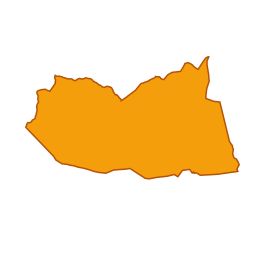 San Bernardo Mixtepec, Oaxaca, Mexico (Robinson projection), rotated 346°
{"feature_id": "50627088B25547762924420", "entity_name": "San Bernardo Mixtepec", "entity_type": "district", "adm_level": 2, "iso_a3": "MEX", "parent_name": "Mexico", "parent_adm1": "Oaxaca", "projection": "robinson", "projection_center": [-96.925, 16.845], "detail": "fine", "context": "isolated", "style": "filled", "palette": "amber", "viewbox_px": 256, "rotation_deg": 346, "n_neighbors": 0, "source": "geoboundaries", "source_scale": "gbopen_adm2", "svg_char_len": 2744}
<svg xmlns="http://www.w3.org/2000/svg" viewBox="0 0 256 256"><g transform="rotate(346 128 128)"><path d="M224.1,78.0L223.6,78.4L222.9,78.4L222.1,78.4L220.9,78.8L220.1,79.0L210.1,88.1L207.6,85.5L206.5,83.8L206.2,83.3L206.0,82.7L204.6,81.1L202.5,79.4L201.7,79.1L198.9,79.2L197.0,81.5L192.7,85.8L188.1,85.2L184.3,84.7L179.7,85.9L174.4,89.7L171.8,88.0L171.7,87.3L171.1,86.1L170.8,85.8L170.2,85.8L169.5,85.8L169.0,85.6L168.8,85.3L168.4,85.2L167.3,84.7L167.3,84.8L166.4,85.6L165.5,85.9L164.8,85.9L160.8,86.7L160.2,86.9L159.4,87.1L158.7,87.5L157.3,87.5L156.8,87.6L156.1,87.8L155.6,87.7L155.3,87.6L153.0,88.2L152.0,87.9L151.7,88.0L150.8,88.4L144.4,93.2L135.4,97.0L134.5,97.5L128.0,99.9L128.1,98.6L128.0,98.2L127.8,97.8L127.0,97.2L126.7,96.6L126.5,95.4L125.2,93.1L123.9,92.8L122.5,89.3L122.5,87.7L121.9,85.3L121.5,84.7L120.1,83.6L119.3,83.2L119.0,83.0L118.4,82.8L117.6,82.5L117.0,82.4L115.4,83.0L115.1,82.8L114.0,82.4L113.2,82.0L113.0,81.8L112.0,80.4L111.4,79.6L110.2,79.3L109.2,77.5L109.0,77.3L108.7,77.1L108.3,76.5L108.1,76.2L107.0,75.5L106.2,74.5L105.6,74.1L105.4,73.9L105.2,73.3L104.6,72.0L104.3,71.8L103.1,70.9L102.7,70.7L101.9,70.6L100.2,69.6L99.1,69.1L98.4,69.1L97.7,69.4L97.3,69.5L96.9,69.5L95.6,69.4L94.3,69.0L93.2,68.2L92.9,68.2L92.1,68.2L90.4,68.6L89.7,68.8L89.2,69.3L88.0,69.2L87.0,68.6L86.1,67.8L85.7,67.1L84.9,66.6L81.5,65.8L81.1,65.6L80.3,65.0L78.6,63.9L77.7,63.6L77.3,63.2L76.6,62.5L75.7,62.2L75.1,61.9L74.7,61.6L73.8,61.0L73.3,60.9L72.1,60.9L70.8,60.0L70.4,59.6L70.1,59.3L69.9,59.6L69.7,59.9L69.5,60.3L69.3,60.8L69.1,61.3L69.0,61.8L69.0,62.3L69.1,62.8L69.3,63.3L69.4,63.7L69.4,64.1L68.5,65.5L68.4,67.0L61.1,73.4L59.4,72.3L58.0,71.4L57.2,70.4L53.4,69.9L51.2,70.0L50.3,70.0L49.4,70.2L48.6,70.8L48.3,71.1L48.2,71.6L48.0,72.6L48.2,73.6L48.7,74.9L47.4,78.4L47.5,81.2L45.7,82.9L44.5,85.2L44.2,88.7L42.6,91.6L42.0,93.2L41.2,93.8L40.3,96.1L40.1,96.4L36.9,97.3L35.8,98.5L34.9,99.0L31.9,98.7L31.0,99.5L29.0,102.7L37.2,116.9L49.1,137.7L50.2,141.5L52.4,143.8L55.2,146.7L61.0,148.9L61.8,149.7L63.8,150.5L66.1,151.5L67.7,152.4L70.2,154.0L74.5,155.9L79.5,158.7L84.7,162.0L89.0,164.1L95.6,166.5L104.1,165.3L111.5,166.6L115.5,167.3L120.2,167.8L129.8,178.1L132.5,181.0L136.1,182.4L144.1,182.9L154.6,184.3L161.6,184.3L164.6,187.3L170.6,182.3L177.7,183.1L177.8,183.1L179.4,187.2L181.0,186.6L181.2,188.0L181.3,188.0L181.5,188.0L183.3,187.9L186.7,191.3L196.3,193.2L204.0,194.6L224.1,196.7L223.7,194.2L227.0,190.6L226.5,187.3L225.6,184.3L223.7,182.9L223.3,178.4L225.0,174.3L224.8,171.3L225.0,170.2L224.5,169.3L223.2,165.7L223.4,125.0L217.5,122.8L210.9,118.3L211.1,116.2L213.7,109.5L214.3,108.2L218.1,102.2L218.6,98.4L219.1,96.5L219.2,95.1L220.0,85.3L220.3,84.5L220.7,82.7L221.2,81.6L224.1,78.0Z" fill="#f59e0b" stroke="#b45309" stroke-width="1.5"/></g></svg>